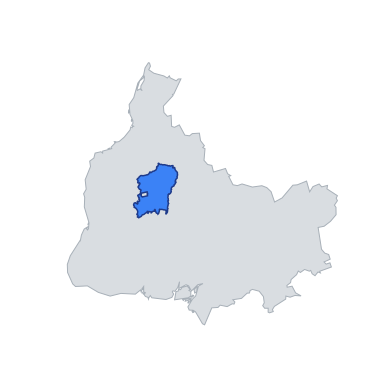 Goiás highlighted on a map of Brazil, rotated 166°
{"feature_id": "BRA-1294", "entity_name": "Goiás", "entity_type": "State", "adm_level": 1, "iso_a3": "BRA", "parent_name": "Brazil", "parent_adm1": "", "projection": "albers", "projection_center": [-49.017, -15.943], "detail": "fine", "context": "in_parent", "style": "filled", "palette": "blue", "viewbox_px": 384, "rotation_deg": 166, "n_neighbors": 0, "source": "natural_earth", "source_scale": "10m", "svg_char_len": 9015}
<svg xmlns="http://www.w3.org/2000/svg" viewBox="0 0 384 384"><g transform="rotate(166 192 192)"><path d="M97.3,86.8L101.5,89.6L106.3,87.7L108.0,89.6L110.5,86.5L117.0,83.1L118.3,80.2L122.5,78.4L122.7,76.6L117.7,76.4L115.9,69.1L111.3,64.8L117.2,66.7L122.3,66.2L126.1,68.3L127.0,65.4L139.7,61.1L142.4,58.5L142.1,56.3L146.0,56.0L147.2,57.0L146.2,60.8L149.6,61.6L150.9,64.6L148.7,67.0L148.0,73.2L150.8,79.5L157.0,82.9L159.5,82.3L160.7,80.1L163.0,80.5L169.7,76.8L178.4,77.6L177.0,74.9L178.3,73.1L180.0,73.8L185.6,72.3L192.1,75.4L194.7,73.7L200.8,74.8L211.9,60.1L213.7,61.6L217.6,74.9L219.6,77.0L223.3,78.1L223.8,81.5L217.4,88.0L213.6,90.2L208.5,99.1L203.5,100.5L208.8,100.7L216.5,96.1L218.0,101.8L220.2,103.5L228.2,101.5L225.8,108.0L228.9,102.8L232.6,99.8L234.4,100.7L235.3,99.8L234.5,97.4L237.0,94.6L243.3,94.0L256.6,99.1L257.5,101.6L259.4,99.9L262.5,101.9L263.3,104.1L261.6,105.5L262.3,106.3L264.0,104.9L264.4,106.3L262.8,107.7L261.7,112.1L263.9,110.3L265.5,107.1L265.7,109.4L271.7,106.6L285.5,110.8L296.6,110.8L307.2,117.3L316.2,126.2L327.9,128.5L330.0,131.7L332.2,144.0L330.5,151.9L325.5,159.6L312.3,172.1L312.4,171.1L309.7,177.0L305.6,182.1L303.7,182.8L302.5,180.4L301.3,181.5L299.4,187.1L300.1,203.5L297.4,212.8L297.6,216.5L294.0,220.3L292.7,229.7L284.3,241.3L283.8,246.7L279.0,248.7L276.6,253.2L270.6,253.1L269.3,251.4L268.8,253.3L259.4,253.5L259.8,255.0L253.8,258.7L250.5,258.6L244.5,261.6L237.1,267.2L235.7,269.9L234.4,268.9L233.9,270.1L232.2,269.6L234.4,271.2L232.7,272.9L232.1,275.9L233.4,282.4L231.8,292.1L225.7,297.6L218.2,310.8L211.2,316.7L211.0,314.8L216.0,312.3L220.4,305.1L220.5,303.8L217.5,304.6L215.8,302.3L216.7,304.6L215.9,307.3L211.6,311.7L210.2,315.2L210.7,317.1L207.5,323.8L203.0,328.0L202.0,327.4L201.9,324.1L204.4,321.1L200.3,316.5L191.2,311.4L188.4,308.6L185.9,310.2L185.6,308.1L180.4,303.7L178.0,305.0L175.4,304.4L186.0,291.4L187.3,291.4L187.0,290.2L199.0,282.3L200.0,275.9L197.6,271.4L193.7,271.5L195.9,260.6L193.3,259.0L188.1,260.2L185.2,248.9L180.8,247.1L177.6,248.6L170.6,247.3L171.3,239.8L168.8,233.9L170.8,232.5L168.9,230.9L172.7,219.8L170.2,214.9L166.3,213.0L166.3,206.2L153.8,206.7L153.0,201.1L150.5,198.5L152.6,198.3L150.5,189.1L146.4,187.2L141.5,187.7L132.2,182.2L122.7,181.2L118.4,178.2L115.2,173.2L114.3,162.3L106.1,164.4L92.5,174.2L88.1,173.5L78.2,174.9L77.8,163.7L73.3,168.0L66.7,169.0L64.9,165.6L58.9,165.6L60.3,162.4L51.8,153.2L53.6,151.2L53.0,148.4L57.0,144.8L56.0,142.3L57.7,135.1L64.8,130.0L72.1,126.8L78.2,127.1L80.2,105.1L78.0,100.6L74.5,98.3L74.2,93.4L80.8,92.2L79.3,89.6L75.3,89.9L74.9,85.5L87.3,84.2L87.0,82.4L89.1,83.9L92.9,81.0L95.2,83.6L95.8,87.2L97.3,86.8ZM221.2,90.3L235.0,91.6L231.7,99.1L229.2,99.3L228.8,100.6L226.7,100.0L224.6,101.9L219.4,101.9L217.5,98.1L218.8,97.2L217.2,95.8L218.3,91.4L221.2,90.3ZM209.6,99.6L211.6,94.1L213.8,93.3L213.7,96.7L209.6,99.6ZM225.0,87.7L223.7,89.7L220.5,89.2L221.0,87.9L225.0,87.7ZM220.3,85.5L219.8,89.6L218.4,89.2L220.3,85.5ZM227.2,90.3L225.2,90.5L224.3,90.2L226.7,88.9L227.2,90.3ZM218.2,90.5L216.2,91.8L215.4,91.1L216.8,89.9L218.2,90.5ZM221.9,86.8L221.0,86.0L222.6,85.1L222.7,85.9L221.9,86.8ZM220.8,76.2L219.6,76.4L219.3,74.9L220.4,74.8L220.8,76.2ZM233.8,286.4L233.4,285.1L234.3,283.9L234.5,284.2L233.8,286.4ZM254.9,258.2L255.2,259.7L253.9,259.3L254.9,258.2ZM233.2,276.9L232.6,276.1L233.5,275.2L233.7,275.6L233.2,276.9ZM263.6,109.4L262.7,111.0L263.6,108.7L263.6,109.4ZM303.0,183.0L301.7,183.4L302.6,182.2L303.0,183.0ZM262.8,254.2L261.5,254.6L261.2,254.3L262.0,253.7L262.8,254.2ZM300.7,185.8L300.2,186.7L299.9,186.1L300.7,185.8ZM260.1,98.6L260.2,99.4L259.8,99.3L260.1,98.6Z" fill="#d9dde1" stroke="#a8b0b8" stroke-width="1"/><path d="M249.9,180.1L250.8,180.8L251.0,181.0L250.9,181.2L250.3,181.7L250.1,182.5L250.2,182.9L250.8,183.2L250.9,183.3L250.9,183.5L250.8,183.9L250.5,184.1L250.1,184.3L249.9,184.7L249.4,186.1L249.4,186.8L249.5,187.6L249.8,188.5L250.1,189.1L250.4,189.9L250.9,190.2L251.2,190.8L251.8,191.1L251.7,191.6L251.5,191.9L251.5,192.3L251.5,192.6L251.8,193.0L251.8,193.7L251.7,193.9L251.4,194.3L251.1,194.8L250.9,194.9L250.7,195.2L250.3,195.2L249.9,195.3L249.7,195.1L249.2,195.1L249.0,194.6L248.7,194.2L247.8,193.7L247.7,193.6L247.3,194.1L247.2,194.3L247.2,194.5L247.4,194.7L247.2,195.1L247.4,195.3L247.4,195.5L247.4,195.9L247.4,196.0L247.1,196.2L246.9,196.2L246.1,195.8L245.9,195.7L245.4,195.8L245.1,195.9L245.0,196.1L244.8,197.3L245.0,197.4L245.3,197.9L245.3,198.0L245.0,198.4L244.8,198.6L244.7,198.8L244.7,199.6L244.9,199.8L245.1,199.8L245.3,200.8L245.4,201.2L245.4,201.9L244.8,202.1L244.4,202.2L244.0,202.2L243.7,202.4L243.3,202.2L243.1,202.7L242.7,203.0L242.4,203.0L242.1,203.1L242.1,203.3L241.9,203.9L242.0,204.4L242.0,204.6L241.8,205.0L241.5,205.5L241.2,205.7L241.1,206.4L241.2,206.6L241.4,206.9L241.8,207.0L242.4,207.5L242.6,208.1L242.7,208.5L242.8,208.8L243.1,209.4L243.1,209.8L242.8,209.9L242.6,210.1L242.7,210.5L242.4,210.7L242.2,211.0L241.9,211.1L241.8,211.4L241.7,211.5L241.4,211.7L241.3,211.9L241.3,212.1L241.1,212.3L240.8,212.3L240.7,212.3L240.5,212.7L240.5,213.2L240.6,213.4L240.9,213.7L241.0,213.7L241.4,213.5L241.6,213.6L241.8,213.7L242.0,213.8L242.3,214.1L242.3,214.4L242.3,214.7L242.1,214.9L241.9,215.2L241.7,215.9L241.7,216.3L241.9,216.7L242.0,216.9L242.0,217.0L242.2,217.6L241.8,217.7L241.7,217.9L241.5,218.0L241.4,218.1L241.2,218.2L241.2,218.3L240.3,218.6L240.2,218.7L239.6,219.4L237.8,220.3L237.1,220.2L236.9,220.1L236.4,220.0L236.1,219.8L235.5,219.6L234.8,219.6L233.1,219.5L231.7,219.6L230.8,219.4L230.3,219.7L229.4,220.1L229.1,220.4L228.0,221.6L227.9,221.6L227.7,221.5L227.4,221.1L227.2,220.7L226.7,220.9L225.1,221.5L224.8,221.6L224.4,221.5L223.6,221.5L222.9,221.8L221.7,222.1L220.6,223.4L220.3,223.8L220.4,224.4L220.3,224.6L220.2,224.7L220.0,225.1L219.7,225.2L219.3,225.1L219.1,225.2L219.0,225.4L218.7,225.6L218.6,225.9L218.2,226.2L218.0,226.4L217.9,226.9L217.8,227.1L218.0,227.6L217.8,227.8L217.5,227.6L217.4,227.5L217.2,227.7L216.7,226.9L216.2,226.4L215.7,226.4L215.4,226.2L214.9,226.2L214.0,225.5L213.3,225.3L213.0,225.3L212.6,225.3L211.2,224.7L210.7,224.3L209.7,224.0L209.5,223.6L208.6,223.1L208.4,223.1L207.9,223.1L207.7,223.1L207.1,222.5L206.8,222.3L205.9,222.5L205.4,222.4L205.0,222.4L204.2,222.2L204.1,221.9L204.3,221.3L204.8,220.5L204.9,220.3L204.8,220.1L203.9,219.8L203.4,220.1L203.1,219.9L202.9,219.7L202.9,219.4L203.0,218.0L202.9,217.5L202.5,216.6L202.2,215.8L202.0,215.5L201.6,214.9L201.5,214.7L201.5,214.2L201.6,213.9L201.7,213.4L201.8,213.0L201.9,212.8L201.8,212.2L202.1,211.8L202.2,211.4L202.6,210.8L202.7,210.7L202.9,210.5L202.9,210.3L202.8,210.1L203.0,209.4L203.0,209.2L203.3,208.9L204.4,208.3L205.0,207.6L205.1,207.2L205.6,206.8L205.7,206.0L205.3,205.8L205.2,205.7L205.2,205.4L205.3,205.1L205.6,204.9L206.1,204.7L206.2,204.2L206.8,203.7L207.4,203.3L207.6,203.3L207.7,202.8L208.0,202.5L208.1,202.3L208.2,202.2L208.7,202.1L209.6,202.0L210.0,201.6L210.4,201.5L210.6,201.5L210.7,201.4L210.8,201.2L211.0,200.9L211.4,200.1L211.4,199.9L211.2,199.6L211.3,199.5L211.5,199.5L211.8,199.1L211.9,198.6L212.0,198.3L212.0,198.0L212.0,197.8L212.2,197.6L212.1,197.2L212.5,196.8L212.7,196.7L213.1,196.1L213.5,195.9L213.8,195.7L214.2,195.5L214.4,195.4L214.5,195.5L214.8,195.8L215.4,195.5L215.6,195.3L215.7,195.0L216.0,194.9L216.0,194.4L216.2,193.8L216.4,193.2L216.6,193.0L216.8,192.2L216.6,191.4L216.8,190.8L216.8,190.5L216.9,190.2L217.2,189.6L217.1,189.4L217.5,189.3L217.7,189.1L217.7,188.9L217.5,188.2L217.6,187.9L217.7,187.5L217.6,187.2L217.6,186.8L217.5,186.4L217.8,186.3L218.0,186.2L218.2,185.6L218.3,185.1L218.9,184.4L218.9,184.0L219.3,183.5L219.5,182.9L219.5,182.7L219.5,182.2L219.4,181.8L219.7,181.7L219.6,181.4L219.9,181.2L220.0,181.0L220.2,180.4L220.1,180.2L220.2,179.9L220.4,179.2L220.6,179.0L220.7,178.5L221.0,178.2L221.2,177.9L222.4,177.0L222.6,177.1L222.6,177.3L222.6,177.5L222.1,178.1L222.1,178.8L221.7,179.5L221.6,180.5L223.1,181.4L223.6,181.4L223.7,181.5L224.1,181.8L225.7,182.5L226.5,182.6L227.7,183.1L227.8,183.0L227.9,182.9L228.0,182.2L228.4,181.3L229.5,179.4L230.0,179.0L230.4,178.8L230.4,179.2L230.4,179.4L231.0,179.7L231.5,180.1L231.7,180.4L231.9,180.8L231.8,181.3L232.1,182.0L232.1,182.8L232.0,183.3L232.0,183.6L232.1,183.9L232.2,184.0L232.5,183.8L232.7,183.7L232.8,182.6L233.0,182.4L233.3,182.4L234.1,182.7L234.8,182.6L235.2,182.5L235.9,182.0L236.3,181.7L236.4,181.8L236.5,181.8L236.3,182.3L236.2,182.5L236.3,182.6L236.6,182.6L236.9,182.7L237.6,183.1L237.8,183.0L238.4,183.4L239.8,183.8L239.8,183.7L239.4,182.5L239.5,182.3L239.8,182.0L240.1,182.3L240.3,182.6L240.3,182.8L240.6,183.1L240.6,183.4L240.9,183.1L241.3,183.1L242.1,182.7L242.4,182.7L243.8,182.0L244.6,181.8L245.3,181.9L246.0,181.7L246.9,180.8L247.3,180.6L248.0,180.4L248.3,180.3L249.0,180.3L249.3,180.2L249.8,179.9L249.9,180.1ZM242.1,203.0L241.8,202.8L241.8,202.6L241.8,202.2L241.8,201.8L242.1,201.1L242.1,200.7L242.1,200.4L242.1,199.9L241.4,199.5L241.4,199.4L241.3,199.2L236.1,199.1L235.9,200.0L235.8,200.3L235.7,200.6L235.8,200.7L236.0,200.9L235.8,201.3L235.4,201.5L235.6,202.3L235.7,202.5L235.6,203.0L236.1,203.0L242.1,203.1L242.1,203.0Z" fill="#3b82f6" stroke="#1e3a8a" stroke-width="1.5"/></g></svg>